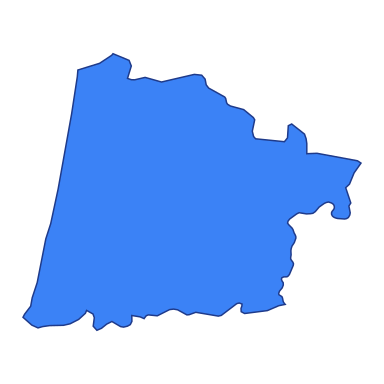 the Metropolitan department of Landes
{"feature_id": "FRA-5313", "entity_name": "Landes", "entity_type": "Metropolitan department", "adm_level": 1, "iso_a3": "FRA", "parent_name": "France", "parent_adm1": "", "projection": "equal_earth", "projection_center": [-0.514, 44.01], "detail": "fine", "context": "isolated", "style": "filled", "palette": "blue", "viewbox_px": 384, "rotation_deg": 0, "n_neighbors": 0, "source": "natural_earth", "source_scale": "10m", "svg_char_len": 2091}
<svg xmlns="http://www.w3.org/2000/svg" viewBox="0 0 384 384"><path d="M23.0,317.3L24.6,314.2L30.7,306.2L32.2,297.8L37.2,282.6L45.8,238.9L50.7,223.7L58.1,189.2L71.6,114.0L77.3,76.8L77.9,70.0L99.6,63.3L111.7,55.3L113.0,53.7L129.1,60.4L131.3,66.0L127.5,78.4L131.3,79.7L134.7,79.8L145.1,77.4L161.5,82.0L194.3,74.4L201.7,75.2L205.1,79.1L206.2,84.8L208.7,88.1L224.7,97.0L225.7,98.5L226.6,102.7L227.5,104.2L230.4,106.0L243.7,109.6L253.4,117.6L254.7,119.8L252.3,131.2L253.6,136.5L255.6,138.8L284.4,141.7L287.5,137.9L288.3,125.7L291.7,124.0L304.5,134.1L306.1,138.7L306.8,143.6L306.8,153.7L317.0,153.3L357.5,160.8L361.0,163.1L354.1,172.9L349.5,184.1L345.7,187.7L350.8,203.0L348.9,206.0L350.2,212.8L349.8,215.0L348.4,217.5L346.6,218.6L344.7,219.0L337.7,218.5L336.0,218.1L334.4,217.5L333.4,216.9L332.4,216.0L331.6,214.5L331.5,212.9L332.0,211.5L333.7,209.4L334.3,208.1L334.3,206.7L334.0,205.3L333.0,204.0L331.5,203.0L328.5,202.0L326.3,202.5L324.3,203.4L319.2,207.0L315.3,211.6L312.9,213.3L310.4,213.7L306.4,213.9L299.1,212.7L296.7,213.9L289.7,219.0L288.0,221.2L287.6,223.2L288.9,224.9L292.0,228.0L293.0,229.6L294.1,232.9L295.1,234.7L295.8,236.4L295.9,238.1L294.3,242.6L292.0,246.1L291.2,248.6L290.9,250.7L291.1,254.9L290.7,257.3L290.7,259.1L291.7,260.6L292.9,262.2L293.5,263.8L293.2,265.5L289.4,274.5L288.1,276.1L287.0,276.8L283.7,276.9L281.8,277.8L281.4,279.2L282.0,280.9L283.2,282.7L283.3,285.0L282.2,287.9L279.6,291.0L278.7,293.2L278.9,294.7L281.9,296.6L282.5,298.0L283.1,301.1L283.6,302.4L285.2,304.4L278.8,305.7L267.4,310.6L244.6,313.5L241.2,311.7L241.0,308.5L241.9,305.9L242.0,304.0L239.2,303.0L236.8,303.6L221.3,315.4L218.3,316.1L195.8,312.3L189.1,314.7L186.9,314.9L177.6,309.8L173.6,309.1L169.6,309.6L157.3,315.8L148.4,314.9L146.3,315.7L144.2,318.4L144.1,318.6L140.2,316.9L131.8,315.5L131.9,321.4L130.3,324.6L127.4,326.2L123.6,327.1L120.6,326.6L111.9,321.5L106.7,324.1L101.5,328.3L96.9,330.3L93.2,326.2L94.3,317.7L93.0,314.0L86.6,310.4L85.4,313.3L78.7,319.4L70.1,323.8L63.5,325.3L49.6,325.6L42.6,326.6L38.0,327.9L31.8,325.1L23.0,317.3Z" fill="#3b82f6" stroke="#1e3a8a" stroke-width="1.5"/></svg>